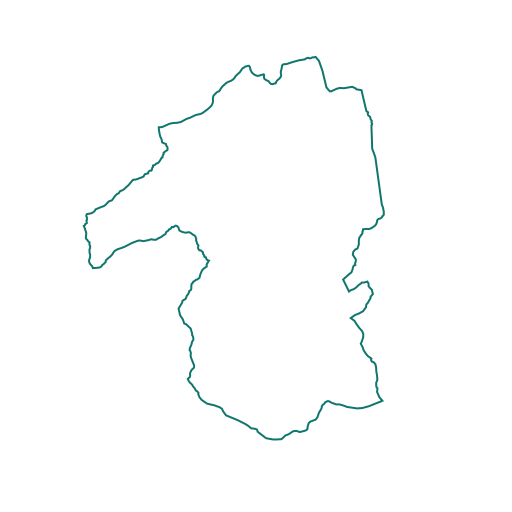 the district of Cachi, Salta, Argentina, rotated 249°
{"feature_id": "61730980B38910879035127", "entity_name": "Cachi", "entity_type": "district", "adm_level": 2, "iso_a3": "ARG", "parent_name": "Argentina", "parent_adm1": "Salta", "projection": "natural_earth1", "projection_center": [-66.151, -25.018], "detail": "fine", "context": "isolated", "style": "outline", "palette": "teal", "viewbox_px": 512, "rotation_deg": 249, "n_neighbors": 0, "source": "geoboundaries", "source_scale": "gbopen_adm2", "svg_char_len": 6113}
<svg xmlns="http://www.w3.org/2000/svg" viewBox="0 0 512 512"><g transform="rotate(249 256 256)"><path d="M349.9,412.2L351.7,411.0L359.4,412.0L373.0,413.9L375.6,409.5L376.9,409.0L379.5,406.4L381.1,398.3L382.8,394.6L383.1,393.0L383.2,391.4L382.8,385.1L383.2,384.0L385.9,382.9L388.3,382.2L405.1,384.4L415.5,384.7L420.5,383.0L420.7,381.4L421.2,379.9L421.0,377.8L421.6,376.3L422.3,375.8L422.6,374.6L422.1,371.8L423.3,366.2L423.9,360.0L424.3,352.9L424.9,351.3L425.1,349.9L424.6,348.7L421.2,346.7L419.6,345.4L417.8,344.7L415.1,344.1L413.5,342.1L412.3,338.7L411.4,337.4L410.1,336.2L410.5,334.8L410.4,333.3L411.3,331.6L413.0,330.8L414.5,330.5L415.5,329.6L416.1,328.9L418.2,327.4L419.7,327.4L420.4,327.6L421.9,328.4L422.8,328.3L423.2,325.2L423.2,323.7L423.6,321.9L425.4,319.8L427.0,318.8L428.8,317.9L432.2,317.6L434.4,318.0L436.1,317.6L436.4,316.3L436.7,313.8L436.1,311.9L436.0,310.6L433.4,306.8L431.7,302.4L431.1,301.2L430.0,299.9L429.3,298.5L428.9,297.2L428.5,295.5L428.5,292.2L428.1,290.0L427.4,288.3L426.7,286.2L425.0,283.2L423.7,281.7L423.0,280.6L423.1,280.0L422.8,277.8L421.8,275.6L420.7,273.6L419.0,272.4L415.8,271.3L414.1,270.2L412.3,268.2L411.3,266.1L410.2,263.0L408.6,257.2L408.5,255.0L409.1,251.2L409.2,249.1L408.7,243.9L408.9,240.4L408.0,233.7L408.7,229.8L409.7,226.9L410.3,223.9L410.4,221.9L410.0,214.5L411.0,211.4L409.5,210.8L404.3,209.7L401.5,209.4L399.1,209.7L395.7,209.1L392.7,212.1L391.0,211.8L389.6,212.3L388.0,212.0L386.6,211.2L386.5,210.2L385.9,207.9L385.5,206.7L384.2,206.3L383.4,205.2L382.5,204.4L381.5,204.0L381.5,203.0L380.2,201.5L378.9,199.7L377.9,197.9L378.0,195.9L377.2,194.0L377.4,192.3L376.0,191.7L375.5,190.7L373.9,189.8L373.2,188.9L373.7,187.9L373.4,186.4L372.8,185.4L371.8,184.9L372.2,181.8L371.5,180.6L370.4,179.4L370.5,178.5L370.3,176.9L370.5,175.4L370.3,173.3L370.6,170.6L371.2,168.4L367.9,162.5L365.3,155.7L365.2,152.2L363.9,150.6L363.6,148.4L362.5,145.8L359.7,141.6L359.6,140.5L359.8,138.8L359.4,137.4L357.6,133.8L357.1,131.7L357.2,129.6L357.1,125.1L357.0,122.9L355.8,121.5L355.1,119.3L354.9,117.5L355.7,113.0L354.9,112.2L353.6,111.8L352.6,112.0L350.3,111.1L349.9,110.4L347.4,109.9L346.9,107.9L346.1,107.3L345.8,106.0L343.4,106.1L338.4,105.8L336.0,104.7L334.6,103.9L333.7,103.6L332.5,103.7L331.5,104.3L330.4,104.4L329.5,104.8L328.7,105.4L327.8,105.3L326.6,104.6L324.7,104.7L323.0,104.0L321.8,102.9L320.0,102.2L318.2,101.7L316.6,101.6L315.0,101.0L313.6,100.1L312.0,98.7L310.1,98.1L308.1,98.2L305.1,99.4L303.1,99.4L301.6,104.6L301.3,106.8L301.9,108.3L302.7,109.2L303.1,111.0L304.4,113.6L305.7,114.2L307.1,117.6L307.4,119.0L308.9,122.3L311.0,125.0L311.5,126.5L311.9,129.0L311.7,133.5L311.7,136.7L312.6,144.9L312.6,150.5L312.5,151.7L312.1,153.1L310.1,156.4L309.9,158.5L309.5,159.9L309.1,164.4L308.0,166.0L307.0,168.4L307.5,170.9L307.7,174.2L308.0,175.4L308.5,176.8L308.9,179.3L310.6,180.9L311.2,183.4L312.0,184.3L312.0,186.0L313.3,187.9L312.5,189.2L313.1,191.1L313.1,192.0L312.0,193.2L310.5,193.8L307.4,193.6L306.6,194.1L305.0,195.7L303.5,197.7L302.8,199.2L302.5,201.0L302.0,202.4L299.9,204.0L298.6,204.7L297.0,206.1L295.8,206.4L293.6,206.4L292.0,205.6L290.0,205.7L288.5,205.4L287.5,205.8L286.4,206.0L285.3,205.2L284.0,204.7L282.3,204.9L281.4,205.5L281.2,206.2L281.1,206.5L280.0,206.9L278.9,207.7L278.6,207.8L277.0,207.3L274.9,207.9L273.8,207.5L273.1,208.1L272.8,208.7L271.4,208.6L270.6,208.8L270.2,208.7L268.5,210.4L267.9,209.4L266.9,208.4L266.5,207.6L265.5,206.8L263.8,206.2L263.1,203.1L262.5,201.6L261.8,200.4L259.0,197.6L255.8,195.3L255.1,192.5L255.3,191.5L254.6,189.5L254.6,188.4L253.3,186.9L253.2,186.1L251.4,184.9L249.3,184.2L248.2,183.5L247.6,182.9L247.1,181.0L246.1,180.5L244.4,178.5L243.7,177.1L242.5,176.2L241.1,174.7L240.6,171.4L238.9,170.3L234.7,164.9L228.1,163.9L225.8,164.3L224.5,164.7L222.6,165.0L218.7,164.8L217.5,166.2L211.7,169.0L206.4,168.6L205.2,168.0L203.6,168.3L202.0,168.1L200.2,167.5L198.8,165.6L196.4,163.9L193.6,161.2L192.0,160.3L191.1,160.6L188.6,160.4L186.6,159.3L184.5,158.9L176.0,159.0L175.1,158.7L174.0,158.0L173.5,157.1L172.8,155.2L170.8,152.9L169.3,152.0L167.9,151.7L166.7,150.8L165.7,148.3L163.4,148.4L161.3,149.0L159.2,150.1L156.6,150.6L154.9,151.2L151.8,151.7L150.6,152.7L148.8,153.2L147.8,152.6L144.4,152.6L141.1,153.7L135.6,157.5L131.4,163.8L130.0,165.3L127.9,167.8L125.5,169.5L122.9,169.6L118.0,170.9L109.1,180.3L103.0,185.8L99.9,188.1L96.9,189.7L94.9,193.4L93.6,194.7L91.3,194.6L82.3,200.1L78.8,205.8L77.5,209.0L75.9,214.0L76.7,216.3L77.9,219.1L77.9,222.6L79.1,228.0L78.3,231.0L76.0,233.7L75.7,235.6L75.3,239.9L75.8,241.8L78.7,243.4L81.3,245.6L81.9,247.6L81.9,253.2L83.6,255.7L87.2,258.7L89.8,262.1L91.1,263.1L92.3,263.7L93.1,265.0L93.6,266.8L94.6,268.1L94.9,270.6L94.2,272.2L92.0,273.9L88.7,277.7L87.5,280.8L85.0,284.1L82.4,287.0L77.5,295.7L76.0,300.6L75.3,307.6L75.5,322.1L79.9,320.6L85.7,320.3L89.0,322.0L90.3,321.5L92.0,321.8L94.6,322.8L96.9,324.9L100.4,326.0L105.2,327.0L108.9,328.2L112.4,328.7L114.8,327.7L115.9,326.3L117.7,326.1L118.9,327.0L122.4,324.6L125.2,323.6L129.5,322.7L132.3,322.9L136.6,322.4L138.0,323.9L141.6,326.9L145.0,328.3L148.1,328.1L151.9,326.6L155.9,325.5L160.2,324.7L164.1,322.2L165.4,327.2L165.4,331.4L166.1,336.2L168.7,340.3L171.2,341.6L172.0,343.3L175.6,347.8L177.0,348.4L178.6,351.5L183.1,352.0L185.7,350.8L187.5,350.3L189.8,351.2L192.2,350.8L192.5,347.2L193.3,345.3L192.6,343.7L192.2,341.6L190.7,338.2L190.2,336.2L190.0,334.5L190.1,333.1L190.0,331.7L189.5,330.1L202.8,328.9L205.3,335.4L206.5,339.2L208.7,341.2L210.7,342.5L212.0,343.9L212.0,345.5L213.5,345.8L215.0,347.0L216.9,348.0L222.5,346.8L225.2,348.5L226.5,351.1L226.6,353.4L229.9,356.1L233.7,357.6L235.8,358.8L236.6,359.8L237.1,360.8L237.8,361.2L238.1,362.3L239.1,363.5L240.6,364.1L241.4,365.0L242.6,365.5L241.7,368.9L240.6,371.2L240.7,374.2L241.2,376.1L241.7,378.1L242.6,379.5L244.3,381.1L245.5,381.7L246.3,382.5L246.7,383.7L246.5,385.6L246.9,387.2L247.9,388.2L248.1,389.2L249.0,390.3L249.8,390.4L251.3,391.1L255.6,391.9L259.0,391.9L305.0,402.7L308.7,402.9L314.4,402.9L336.7,410.6L337.1,411.4L338.1,411.9L339.2,411.6L340.5,412.5L342.8,412.0L344.9,412.4L347.1,411.2L348.4,411.2L349.2,411.5L349.9,412.2Z" fill="none" stroke="#0f766e" stroke-width="2"/></g></svg>